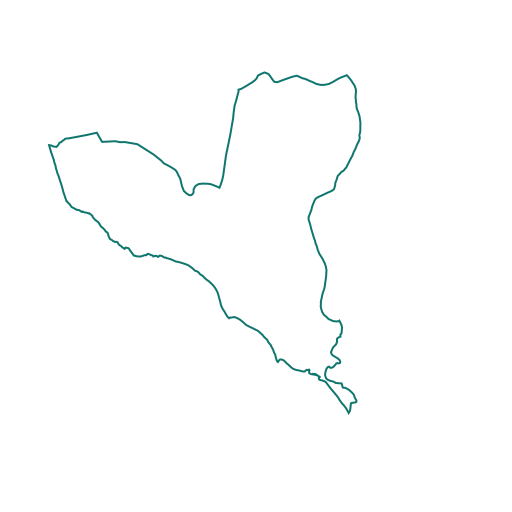 Mbour, Thiès, Senegal, rotated 338°
{"feature_id": "50182788B56533800648606", "entity_name": "Mbour", "entity_type": "district", "adm_level": 2, "iso_a3": "SEN", "parent_name": "Senegal", "parent_adm1": "Thiès", "projection": "robinson", "projection_center": [-16.867, 14.372], "detail": "fine", "context": "isolated", "style": "outline", "palette": "teal", "viewbox_px": 512, "rotation_deg": 338, "n_neighbors": 0, "source": "geoboundaries", "source_scale": "gbopen_adm2", "svg_char_len": 6114}
<svg xmlns="http://www.w3.org/2000/svg" viewBox="0 0 512 512"><g transform="rotate(338 256 256)"><path d="M360.5,104.0L356.8,103.4L348.0,103.0L340.7,102.8L338.2,101.3L337.3,98.2L336.5,94.5L335.8,92.0L333.9,90.1L332.6,89.0L328.7,89.1L325.4,89.4L323.1,91.6L320.7,92.7L317.4,93.6L313.5,94.2L311.4,94.6L304.8,95.5L302.1,95.2L301.3,97.2L298.6,100.7L295.5,104.9L292.6,108.4L289.4,113.9L286.5,119.5L277.4,134.2L265.8,151.6L255.7,169.2L252.8,173.3L249.3,177.4L247.7,179.0L245.5,176.7L241.4,172.8L238.9,171.2L233.7,168.9L229.7,167.8L226.1,168.4L223.2,170.7L221.9,173.7L220.3,174.9L218.8,175.3L216.9,174.6L215.1,172.1L213.5,168.8L213.5,163.8L214.7,155.8L214.3,152.1L214.1,148.2L213.4,145.9L211.3,142.9L208.8,139.7L205.3,135.6L203.8,131.9L199.0,123.4L187.9,107.9L177.2,101.3L172.5,99.5L168.6,96.9L156.0,92.5L154.6,82.1L143.9,80.3L126.0,76.7L124.3,76.0L122.9,75.9L121.6,76.4L119.7,76.7L118.1,77.4L116.3,77.4L114.2,79.0L111.8,80.1L109.0,78.4L107.8,77.0L105.7,75.7L105.4,77.9L105.3,79.7L105.0,81.6L104.6,89.7L104.5,91.5L104.1,93.2L104.0,96.6L103.7,98.4L103.3,100.1L103.3,101.6L103.0,103.4L102.9,104.9L102.9,107.9L102.2,117.9L101.9,120.7L101.6,122.6L101.4,124.1L100.8,134.2L100.9,134.3L101.1,134.3L101.7,136.1L102.5,137.9L102.8,139.0L103.0,140.0L103.4,141.5L106.4,145.1L107.0,146.1L108.0,146.4L109.1,147.2L109.7,147.9L110.1,148.7L110.7,149.3L111.3,149.5L111.2,149.9L112.4,150.4L113.6,151.5L115.6,152.7L117.0,154.0L117.4,153.9L118.0,155.1L118.5,155.7L118.9,156.5L119.3,157.6L119.2,158.5L119.5,159.7L119.9,160.8L120.1,161.5L120.5,162.5L120.9,162.9L121.1,163.6L121.6,164.3L122.2,165.0L122.4,165.9L122.8,166.8L122.7,167.5L123.0,168.1L123.1,169.4L123.6,171.4L124.3,172.2L125.4,174.8L125.7,175.8L125.8,177.0L126.4,177.6L127.0,178.7L127.0,180.8L126.7,182.1L126.9,183.0L126.9,184.3L127.0,185.6L128.3,187.1L129.1,188.6L129.5,189.0L130.1,189.7L130.6,190.2L131.4,190.3L132.2,190.8L132.8,191.5L133.0,193.6L133.6,194.9L134.4,195.9L134.9,196.9L135.2,197.7L135.7,198.6L136.3,199.1L136.6,199.6L136.7,200.1L137.1,200.1L137.8,199.6L138.5,199.4L139.2,200.0L140.4,200.7L141.0,201.8L141.2,202.9L141.3,203.8L142.2,206.7L142.3,207.9L143.1,210.1L143.8,210.3L144.5,211.0L145.1,211.5L146.2,212.0L147.8,212.9L148.6,213.1L150.1,213.4L152.8,213.5L153.6,213.6L154.2,214.1L154.9,214.1L155.5,213.7L156.3,213.5L157.0,213.7L159.6,216.3L160.3,216.8L160.8,217.6L160.7,217.9L161.7,218.0L162.9,218.2L163.9,218.7L164.4,219.6L164.9,220.2L165.9,219.9L166.6,219.5L167.6,219.9L168.5,220.6L169.2,221.3L169.5,221.9L170.7,223.3L171.3,223.4L172.1,224.1L172.4,224.6L173.3,225.1L176.1,227.4L179.6,231.1L181.4,232.2L184.6,234.6L186.2,236.0L187.7,237.2L189.9,239.4L192.3,243.2L193.9,246.7L195.7,248.3L196.6,249.6L197.2,251.7L199.3,254.8L200.1,257.1L201.6,259.9L203.1,262.2L205.2,267.0L206.0,269.8L206.4,272.0L206.7,275.0L206.6,277.1L205.7,284.9L205.2,287.9L205.1,289.7L205.3,292.8L205.9,295.5L206.4,299.4L206.9,301.9L207.7,303.6L208.4,303.3L210.2,303.9L211.9,304.2L213.6,304.8L215.3,306.6L217.0,308.6L217.9,310.0L218.9,311.8L221.1,316.3L222.4,317.9L226.2,322.1L230.0,326.4L231.4,329.4L232.5,331.7L233.1,333.8L233.9,335.7L234.6,336.9L234.8,337.5L235.1,339.0L235.1,340.2L235.2,340.7L235.5,341.7L235.7,342.4L236.3,343.9L236.3,345.5L236.7,348.5L236.7,350.4L236.6,351.5L236.6,353.2L236.9,354.4L236.4,357.2L236.1,360.5L236.3,362.1L236.6,362.5L238.3,361.4L239.3,361.0L240.3,361.2L242.0,362.4L242.9,363.8L244.2,366.9L245.2,368.7L246.3,371.1L247.2,373.0L248.3,374.6L249.4,375.7L251.1,377.1L252.4,377.8L255.6,380.2L256.8,380.9L257.8,381.3L260.2,380.5L261.1,381.1L262.0,381.2L262.6,381.2L262.7,382.1L262.0,383.0L261.6,383.8L261.6,384.7L262.1,385.4L262.6,386.0L264.2,387.0L264.8,387.2L266.3,388.3L266.3,388.0L266.0,387.3L266.6,387.6L267.5,388.5L269.1,391.1L269.6,391.6L269.8,392.1L268.6,392.5L268.3,393.2L268.4,394.4L269.2,395.1L270.9,396.3L272.7,398.0L273.5,399.0L275.3,405.8L278.8,416.6L279.3,418.9L279.5,420.8L280.6,425.1L281.5,427.3L282.5,431.0L282.9,434.3L283.1,436.3L284.8,435.0L285.5,434.2L286.6,432.3L287.5,430.6L288.8,428.2L289.9,428.1L292.9,428.9L294.3,428.9L295.0,427.5L294.5,424.5L294.7,422.7L294.7,421.1L293.6,418.0L292.0,414.8L290.7,413.2L289.3,411.7L287.3,410.6L287.2,408.8L287.7,407.5L287.6,406.2L284.1,404.5L282.2,403.5L281.3,402.0L280.0,400.9L277.8,399.3L276.0,397.4L275.2,395.7L275.4,392.4L276.1,391.0L277.0,389.5L278.8,387.3L280.1,386.3L281.3,385.8L282.4,386.0L282.9,387.4L283.8,387.8L285.5,388.0L287.0,387.5L288.7,386.6L290.0,385.8L291.2,385.7L292.4,386.6L293.8,386.6L294.6,385.4L294.4,383.4L293.4,381.5L290.8,378.1L289.8,376.6L289.3,374.9L289.5,373.3L291.7,371.1L292.9,369.8L295.1,368.8L297.0,368.0L299.0,366.0L299.9,363.4L301.1,362.6L302.8,362.4L304.1,362.5L304.7,360.6L306.5,359.5L307.6,357.3L309.0,354.4L309.4,351.8L309.3,349.4L309.0,347.2L308.3,347.5L305.8,346.7L303.0,345.2L301.5,343.5L299.6,341.6L298.5,338.8L296.9,335.9L296.4,332.6L296.7,329.0L297.2,326.8L298.5,324.2L298.7,323.2L300.2,320.9L301.4,319.2L302.9,316.8L305.3,313.9L306.8,312.2L308.6,309.6L310.3,306.5L311.4,304.7L312.0,303.6L313.6,300.7L316.1,295.4L316.8,291.7L317.0,288.7L316.7,283.8L315.5,277.3L315.6,275.0L315.5,273.3L316.0,270.1L316.0,266.5L316.4,264.0L316.5,260.7L317.4,251.2L318.1,246.7L318.4,242.3L318.7,241.0L319.4,239.6L324.8,233.8L326.4,231.4L330.6,226.9L332.7,225.3L334.9,224.7L341.7,224.4L346.1,224.1L349.2,224.1L351.7,223.8L353.4,223.2L354.0,222.5L355.7,220.3L357.1,217.7L359.0,215.8L360.4,214.1L361.7,212.5L362.9,211.8L363.4,211.7L366.7,210.0L368.4,209.9L369.9,209.3L370.8,208.8L371.6,208.3L373.0,207.7L374.0,206.7L377.2,204.0L379.6,201.8L382.9,199.1L385.8,196.0L387.9,194.3L390.1,192.0L391.8,190.2L393.6,188.7L394.8,187.7L396.5,185.3L396.9,183.3L397.3,182.2L398.3,181.2L399.6,179.0L402.8,171.3L403.2,169.7L403.6,168.1L404.3,165.4L404.7,160.9L404.6,158.1L405.0,155.3L405.7,153.7L406.1,152.2L406.3,150.5L407.0,149.0L407.5,146.8L408.3,144.9L410.5,140.6L411.1,138.2L411.2,134.8L410.0,128.7L408.6,124.2L407.9,122.4L401.3,122.3L397.8,122.6L392.8,123.4L388.2,123.8L385.8,123.4L383.1,122.8L379.9,121.5L377.8,120.0L376.3,119.0L374.7,117.1L373.0,115.3L371.6,114.1L370.1,112.4L367.7,110.0L365.6,108.6L363.8,106.6L361.6,104.3L360.5,104.0Z" fill="none" stroke="#0f766e" stroke-width="2"/></g></svg>